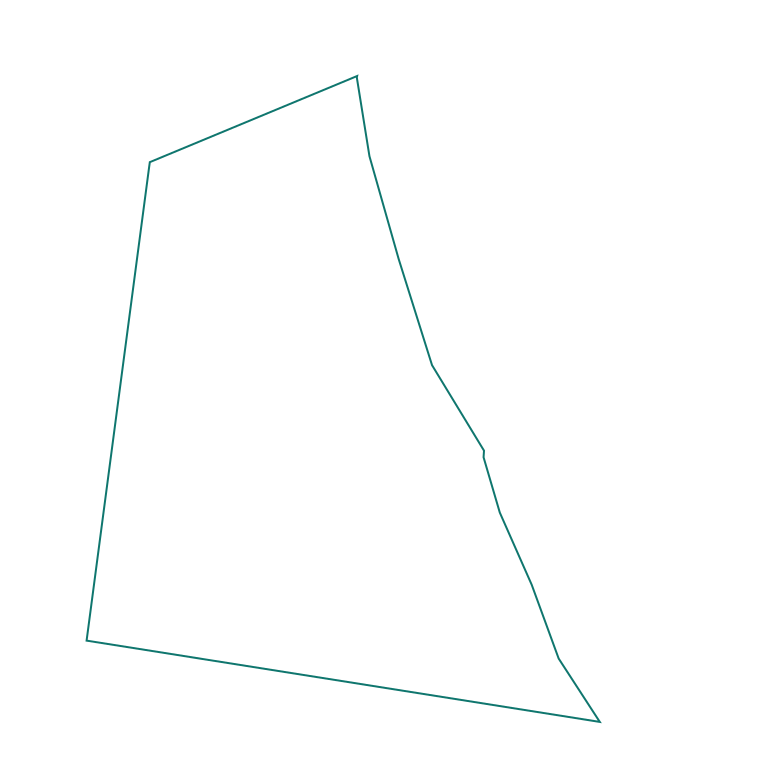 the district of 37, Ad Dawhah, Qatar, rotated 9°
{"feature_id": "91078587B81580735513592", "entity_name": "37", "entity_type": "district", "adm_level": 2, "iso_a3": "QAT", "parent_name": "Qatar", "parent_adm1": "Ad Dawhah", "projection": "robinson", "projection_center": [51.498, 25.303], "detail": "fine", "context": "isolated", "style": "outline", "palette": "teal", "viewbox_px": 768, "rotation_deg": 9, "n_neighbors": 0, "source": "geoboundaries", "source_scale": "gbopen_adm2", "svg_char_len": 354}
<svg xmlns="http://www.w3.org/2000/svg" viewBox="0 0 768 768"><g transform="rotate(9 384 384)"><path d="M650.0,684.0L599.5,627.9L561.3,559.2L518.5,492.9L493.8,440.8L493.2,434.2L428.5,357.9L379.0,258.4L334.0,161.3L309.2,85.5L309.3,84.0L118.0,201.5L118.1,207.0L130.4,684.0L645.3,684.0L650.0,684.0Z" fill="none" stroke="#0f766e" stroke-width="2"/></g></svg>